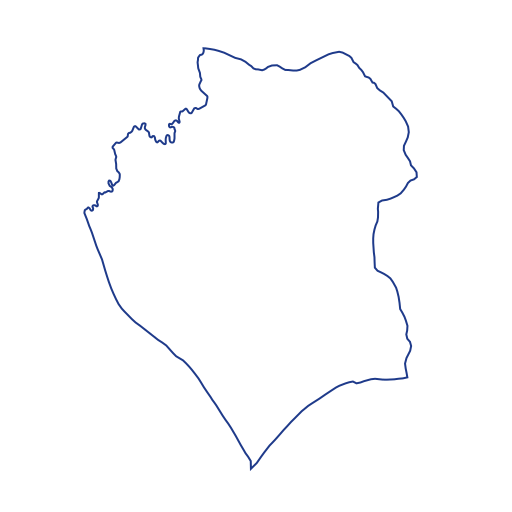 Yi-Ngo, Narathiwat, Thailand (Equal Earth projection), rotated 175°
{"feature_id": "78962969B66673313723424", "entity_name": "Yi-Ngo", "entity_type": "district", "adm_level": 2, "iso_a3": "THA", "parent_name": "Thailand", "parent_adm1": "Narathiwat", "projection": "equal_earth", "projection_center": [101.729, 6.424], "detail": "fine", "context": "isolated", "style": "outline", "palette": "blue", "viewbox_px": 512, "rotation_deg": 175, "n_neighbors": 0, "source": "geoboundaries", "source_scale": "gbopen_adm2", "svg_char_len": 6126}
<svg xmlns="http://www.w3.org/2000/svg" viewBox="0 0 512 512"><g transform="rotate(175 256 256)"><path d="M115.8,121.9L116.2,126.5L116.7,131.0L116.9,135.9L115.0,141.2L110.7,148.1L109.3,152.8L110.1,157.1L112.5,160.4L113.1,164.8L111.9,168.6L111.2,173.2L112.3,178.5L113.4,182.5L115.2,186.9L117.0,190.6L117.1,196.8L117.5,202.9L118.3,208.2L119.2,212.2L121.9,218.2L124.1,222.0L126.8,224.6L130.0,227.0L132.9,228.8L136.2,230.7L138.6,234.0L138.4,239.2L138.1,244.4L138.3,249.4L138.2,253.8L138.1,258.7L137.7,263.4L137.0,267.6L135.7,272.0L134.1,276.1L132.1,279.8L131.1,283.8L130.5,289.3L130.5,292.4L129.4,298.6L125.6,300.3L120.7,300.6L117.1,301.4L114.0,302.4L110.0,303.8L106.4,305.8L103.0,309.1L100.5,312.1L98.3,315.5L95.5,317.7L91.9,318.6L88.9,320.7L88.8,325.4L91.0,329.5L93.7,332.8L94.3,336.9L96.2,340.5L98.1,343.8L99.6,348.6L99.0,352.9L96.6,357.0L94.5,360.9L93.0,366.0L93.2,371.7L95.1,377.2L96.8,380.7L98.9,384.4L101.1,387.8L103.6,390.5L106.3,393.0L107.3,398.3L114.9,407.7L118.2,410.2L120.6,412.7L122.0,416.9L123.4,418.3L124.8,418.6L125.8,420.7L126.6,422.5L128.2,424.0L130.2,424.8L131.7,425.5L133.4,429.8L134.9,432.2L136.8,434.4L138.3,437.4L139.9,439.0L141.9,440.6L143.7,445.1L145.6,447.1L152.0,451.1L155.4,452.2L162.0,451.5L166.1,450.6L179.2,445.6L184.8,443.3L190.5,439.7L196.1,437.6L199.4,437.2L202.7,437.5L207.8,438.5L210.6,438.8L213.6,440.7L215.9,442.6L218.4,444.2L223.5,444.4L227.6,443.3L229.7,441.9L231.6,441.0L233.7,440.5L237.6,441.7L239.9,442.0L242.2,443.1L244.2,445.6L246.1,447.0L249.6,450.4L253.8,453.2L259.5,455.2L270.0,461.3L275.4,463.6L279.5,465.1L284.1,466.3L288.5,467.3L290.2,467.5L290.1,465.4L290.4,464.0L290.8,463.0L291.3,462.2L292.0,461.6L292.6,461.3L293.2,461.2L294.0,461.2L294.5,460.9L296.1,459.0L296.4,458.6L296.5,458.1L296.7,456.5L297.3,454.1L297.3,453.1L297.2,450.5L297.2,448.9L297.1,447.7L296.7,446.3L296.3,444.8L295.9,443.2L295.9,441.9L295.9,439.6L295.7,438.7L295.1,437.0L295.0,436.1L295.1,435.8L295.7,435.0L297.5,431.8L297.7,431.1L297.8,430.4L297.7,429.3L297.5,428.1L297.1,427.1L296.6,426.2L296.0,425.3L290.8,419.7L290.6,419.3L290.5,418.8L290.7,417.5L292.3,412.3L292.5,411.6L292.9,410.9L293.3,410.5L299.6,407.7L300.3,407.5L301.1,407.5L301.5,407.6L302.5,408.4L303.0,408.7L303.6,408.7L304.1,408.6L304.7,408.4L307.6,404.2L308.1,403.9L308.7,403.9L309.5,404.1L310.2,404.6L310.8,405.5L312.2,408.3L312.7,408.7L313.0,408.9L313.6,408.7L316.6,406.5L317.1,406.4L317.8,406.5L318.4,406.5L318.9,406.2L320.5,401.9L320.8,400.7L320.9,399.5L320.4,396.5L320.5,395.9L320.8,395.5L321.1,395.4L321.5,395.6L322.0,396.1L323.0,397.6L323.7,398.0L324.3,398.1L325.3,397.8L325.9,397.3L326.5,396.5L326.9,396.0L328.2,394.8L328.6,394.6L329.2,394.7L329.8,395.0L330.3,395.2L330.9,395.0L331.2,394.5L331.3,393.9L331.3,392.9L331.1,392.4L330.8,391.9L330.3,391.6L329.8,391.6L328.4,392.0L327.9,392.0L327.0,391.6L326.3,391.1L326.2,390.7L326.1,390.0L326.0,389.1L325.7,388.5L325.6,387.8L325.7,387.1L326.0,386.5L326.3,386.0L326.5,385.2L326.6,384.1L326.8,381.6L327.0,379.9L327.4,378.5L327.7,377.6L328.3,376.6L328.8,376.4L329.5,376.3L330.4,376.5L331.0,376.8L331.5,377.4L331.8,378.2L331.9,379.0L331.9,380.4L331.8,381.8L331.9,382.8L332.2,383.4L332.8,383.9L333.3,384.1L333.8,384.2L334.4,383.8L334.8,383.3L335.5,381.5L335.8,380.2L335.9,378.7L336.0,376.9L336.1,376.0L336.5,375.5L337.0,375.4L337.6,375.5L338.3,375.9L339.5,377.2L340.9,379.0L341.5,379.4L342.0,379.4L342.7,379.2L344.0,378.0L344.5,377.8L345.0,378.0L345.6,378.7L346.0,379.8L346.3,380.9L346.4,382.8L346.7,383.5L347.0,384.2L347.6,384.4L348.6,384.4L349.2,383.6L349.6,383.3L350.1,383.3L350.9,383.7L351.5,384.4L351.7,385.3L351.9,388.3L352.2,388.9L352.6,389.4L354.9,391.4L355.4,392.3L355.6,393.1L355.4,394.3L354.6,396.2L354.6,397.3L355.5,397.9L357.2,397.8L358.0,397.1L359.8,392.7L360.3,392.3L361.0,392.2L361.7,392.3L364.4,395.5L365.1,395.9L365.9,395.7L366.4,395.3L368.4,391.4L369.3,390.5L370.7,389.7L371.7,389.7L372.7,389.0L373.1,387.8L373.3,386.7L373.5,386.2L373.8,385.9L381.0,381.0L382.1,380.6L382.9,380.6L384.9,381.2L385.6,381.0L389.2,377.5L389.4,377.0L389.4,376.2L388.2,374.6L388.0,374.0L387.4,369.8L386.9,368.4L386.6,367.3L386.6,366.8L387.5,364.5L387.6,363.9L387.3,359.8L387.6,355.3L386.7,352.5L385.8,351.7L385.1,350.6L384.7,349.8L384.6,348.8L384.9,346.4L385.4,344.4L386.4,342.4L388.1,341.5L389.1,341.1L391.1,339.0L392.1,338.5L392.7,338.7L393.1,339.5L393.9,342.2L394.5,343.5L395.2,343.9L395.8,343.9L396.4,343.1L396.5,342.6L396.6,341.2L395.6,338.6L394.1,337.4L393.4,336.5L392.9,335.2L393.0,334.2L393.4,333.2L393.9,332.8L394.8,332.7L395.7,333.0L396.7,333.6L397.9,333.6L400.6,332.4L401.0,332.6L401.4,332.6L403.3,331.1L403.6,330.9L404.0,330.9L404.4,330.9L406.4,332.5L407.0,332.5L407.1,331.9L407.4,328.4L407.6,327.5L407.8,327.1L409.5,324.5L409.7,324.1L409.7,323.4L409.1,320.9L409.2,320.1L409.5,319.6L409.9,319.4L410.5,319.4L411.9,320.5L412.2,320.6L413.0,320.7L413.6,320.6L414.1,320.4L414.4,320.0L414.6,319.4L414.5,318.9L414.1,317.8L414.2,316.9L414.3,316.6L414.5,316.0L414.9,315.7L415.3,315.5L416.0,315.5L416.5,315.9L416.7,316.1L417.4,317.5L417.8,318.2L418.5,318.8L418.9,319.0L419.1,318.9L419.3,318.8L420.5,317.6L421.8,317.1L422.2,316.8L422.5,316.6L422.7,316.0L423.1,314.6L423.2,313.7L421.3,307.4L419.5,300.3L418.7,297.9L417.4,293.5L414.2,280.1L413.1,276.3L411.3,270.9L409.7,266.0L407.5,254.8L406.2,248.8L404.9,243.2L403.0,236.2L401.3,231.0L399.2,225.2L397.1,220.1L394.3,215.3L392.0,212.3L385.1,203.9L381.8,200.3L377.3,196.4L360.9,181.0L357.0,178.0L353.2,174.7L349.8,170.1L347.1,166.5L344.3,163.1L337.8,158.4L335.2,155.4L332.2,151.6L329.8,148.2L327.0,143.9L324.0,139.1L321.9,135.0L319.4,129.9L316.7,125.0L313.5,119.4L312.0,116.4L310.5,114.0L308.6,110.7L303.2,100.0L300.6,95.3L298.3,91.5L295.9,87.0L291.8,78.4L287.8,69.3L285.7,64.9L283.6,60.4L281.4,56.8L279.1,52.2L279.6,44.5L273.3,49.7L268.4,55.6L265.0,59.5L259.0,66.0L253.4,70.9L250.1,74.0L243.7,80.2L239.8,83.7L235.5,87.7L231.4,91.1L224.0,97.4L217.0,102.2L213.3,104.2L205.4,108.3L198.9,112.0L191.9,115.8L187.6,118.1L184.2,119.5L177.9,121.3L174.2,122.1L170.4,122.5L167.0,120.4L162.9,120.9L159.3,121.9L152.2,123.2L148.1,123.3L140.4,121.8L136.5,121.4L129.0,121.1L124.8,121.3L120.3,121.3L115.8,121.9Z" fill="none" stroke="#1e3a8a" stroke-width="2"/></g></svg>